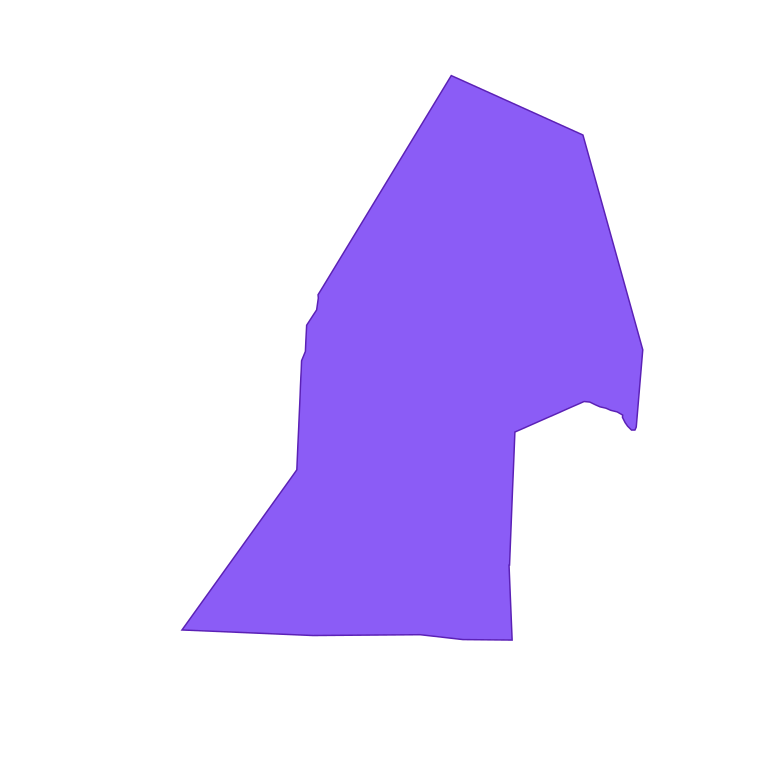 outline of San Martín Lachilá, Oaxaca, Mexico, rotated 75°
{"feature_id": "50627088B22717213197696", "entity_name": "San Martín Lachilá", "entity_type": "district", "adm_level": 2, "iso_a3": "MEX", "parent_name": "Mexico", "parent_adm1": "Oaxaca", "projection": "robinson", "projection_center": [-96.852, 16.612], "detail": "fine", "context": "isolated", "style": "filled", "palette": "violet", "viewbox_px": 768, "rotation_deg": 75, "n_neighbors": 0, "source": "geoboundaries", "source_scale": "gbopen_adm2", "svg_char_len": 938}
<svg xmlns="http://www.w3.org/2000/svg" viewBox="0 0 768 768"><g transform="rotate(75 384 384)"><path d="M569.3,642.8L608.6,517.6L635.5,414.0L651.3,373.9L664.5,326.5L591.3,310.1L591.4,309.6L518.7,287.0L499.6,281.0L485.5,276.6L464.3,270.0L463.9,267.5L461.2,250.0L460.1,243.0L459.0,236.0L457.0,222.6L456.3,218.4L454.9,209.6L453.4,199.6L452.7,195.3L454.7,189.9L458.8,185.2L462.0,181.2L464.8,175.9L468.1,171.8L471.3,166.0L475.8,161.5L477.9,162.3L483.7,161.1L487.8,159.6L492.5,156.9L493.4,153.5L490.9,151.5L418.5,125.4L418.1,125.2L405.8,125.3L305.9,126.3L195.0,127.4L139.4,195.3L103.5,239.2L275.9,419.5L280.7,424.6L284.0,425.2L295.0,429.9L299.0,434.4L307.2,443.5L323.0,448.6L332.2,451.5L340.2,457.6L347.3,459.8L349.9,460.6L355.4,462.4L364.9,465.4L373.0,467.9L380.3,470.2L392.3,474.0L401.5,476.9L402.2,477.1L420.4,482.9L434.7,487.4L444.3,490.4L445.9,492.3L451.6,499.2L569.3,642.8Z" fill="#8b5cf6" stroke="#5b21b6" stroke-width="1.5"/></g></svg>